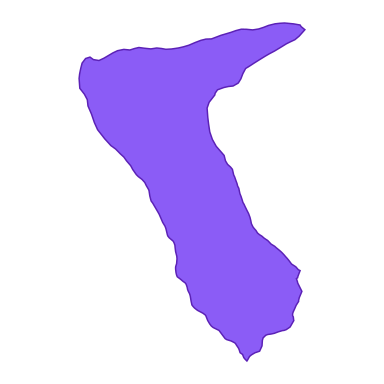 Khamdang, Tashi Yangtse, Bhutan
{"feature_id": "84629894B8594333696948", "entity_name": "Khamdang", "entity_type": "district", "adm_level": 2, "iso_a3": "BTN", "parent_name": "Bhutan", "parent_adm1": "Tashi Yangtse", "projection": "orthographic", "projection_center": [91.563, 27.489], "detail": "fine", "context": "isolated", "style": "filled", "palette": "violet", "viewbox_px": 384, "rotation_deg": 0, "n_neighbors": 0, "source": "geoboundaries", "source_scale": "gbopen_adm2", "svg_char_len": 3212}
<svg xmlns="http://www.w3.org/2000/svg" viewBox="0 0 384 384"><path d="M300.1,25.0L293.8,23.9L288.9,23.4L284.5,23.0L279.7,23.3L275.1,23.8L268.6,25.4L263.5,27.4L258.5,29.0L252.7,29.9L246.5,29.3L241.3,29.2L235.9,30.6L230.8,32.4L226.1,33.8L221.0,35.3L216.0,37.2L211.5,38.9L205.9,39.1L201.0,40.3L195.2,42.5L188.9,45.2L183.5,46.8L178.3,48.0L171.4,49.0L165.8,49.3L161.5,48.5L156.7,48.0L150.9,48.9L144.2,48.2L138.9,47.5L134.6,48.5L129.9,50.0L123.8,49.4L117.5,50.7L112.9,52.9L108.5,55.5L103.9,58.2L99.0,60.5L93.4,59.6L90.0,57.1L85.6,58.5L82.1,63.1L80.7,68.6L79.6,74.0L79.1,78.5L79.8,88.3L84.4,94.2L87.3,99.7L88.0,106.0L91.5,114.1L94.4,122.6L97.6,129.7L104.8,138.9L110.9,145.6L115.6,149.0L120.3,153.8L123.8,157.0L126.5,160.8L130.7,165.7L132.3,168.7L132.8,169.6L136.3,174.6L138.3,176.6L142.1,179.5L144.8,182.5L146.3,185.6L148.3,189.0L149.0,190.5L149.8,195.9L150.8,199.9L151.2,201.1L152.7,203.1L154.5,206.2L157.5,211.3L159.1,214.1L159.5,215.0L162.7,222.4L165.0,226.2L165.8,228.3L166.1,229.4L167.4,234.9L167.8,236.0L169.2,237.8L173.2,241.2L174.0,242.7L174.9,245.2L175.1,247.5L175.6,251.6L176.8,256.3L177.0,258.8L176.6,263.7L175.9,265.9L175.6,267.1L175.6,269.1L176.0,272.6L176.5,274.8L177.2,276.7L178.2,277.5L179.6,278.5L181.1,279.7L182.7,281.1L185.3,283.0L186.2,284.4L187.1,287.0L187.6,289.5L188.3,291.3L189.5,293.6L190.0,295.1L190.3,296.3L191.1,301.2L191.9,304.9L193.1,306.5L194.5,308.0L196.5,309.6L197.6,310.4L202.9,313.2L204.5,314.4L205.2,314.9L205.9,315.9L206.4,317.2L207.7,320.5L209.7,323.9L211.3,326.0L213.0,327.4L213.9,327.9L219.0,330.4L225.1,338.6L226.7,339.6L231.2,341.0L234.3,342.6L235.4,343.4L236.5,345.2L237.5,346.7L238.4,348.0L239.2,349.8L239.7,351.5L240.1,352.7L242.6,354.5L243.2,356.1L243.8,357.6L245.0,359.1L246.2,360.3L246.9,361.0L247.7,359.8L249.5,356.5L251.4,354.9L254.9,352.8L259.6,351.2L261.4,347.3L262.0,345.9L262.4,340.3L263.1,337.9L265.0,336.0L265.9,335.2L267.7,334.5L271.2,334.0L274.4,333.3L278.1,331.9L282.4,330.6L284.1,330.4L286.3,329.6L290.1,327.0L293.2,321.6L293.8,320.6L293.6,319.5L293.3,316.9L292.6,315.6L292.6,313.8L293.1,312.2L293.9,310.4L294.6,308.9L295.0,308.0L296.1,305.4L296.8,304.3L297.9,302.5L298.6,301.5L298.6,300.4L299.3,297.6L301.9,291.4L297.7,283.0L297.4,281.6L296.4,278.6L297.6,277.8L297.9,276.4L300.1,270.6L298.3,269.7L295.8,266.8L291.5,264.0L289.9,261.8L288.9,260.5L287.1,258.3L285.8,256.9L284.0,254.8L282.5,253.2L281.2,251.9L279.5,250.4L276.2,247.7L274.7,246.3L271.1,244.1L267.9,240.7L264.2,238.2L261.8,236.1L259.4,234.6L257.5,233.0L255.9,230.4L254.9,229.3L254.1,228.4L252.9,226.8L251.4,223.7L250.8,220.7L250.5,219.4L250.0,217.4L248.6,213.6L247.0,210.5L244.8,206.0L244.1,204.4L242.9,202.4L242.4,200.6L241.1,196.6L239.9,193.6L239.5,191.7L238.8,188.3L237.6,186.0L237.1,183.8L236.0,180.8L234.6,176.8L233.7,175.0L232.4,169.3L230.5,167.0L227.6,164.4L225.5,160.9L224.1,155.4L216.2,146.3L212.4,139.5L209.8,132.0L208.6,124.1L207.8,117.5L207.1,108.1L209.1,102.3L214.8,95.0L215.1,93.3L217.5,89.8L223.9,87.5L228.4,86.5L233.1,86.0L238.3,83.0L240.9,78.8L242.8,73.8L245.6,68.5L250.3,65.6L253.8,63.3L260.0,59.4L265.5,56.0L269.3,53.8L274.6,51.0L279.9,47.8L286.4,43.8L290.2,41.9L294.9,39.7L299.2,36.1L304.9,29.7L301.1,26.6L300.1,25.0Z" fill="#8b5cf6" stroke="#5b21b6" stroke-width="1.5"/></svg>